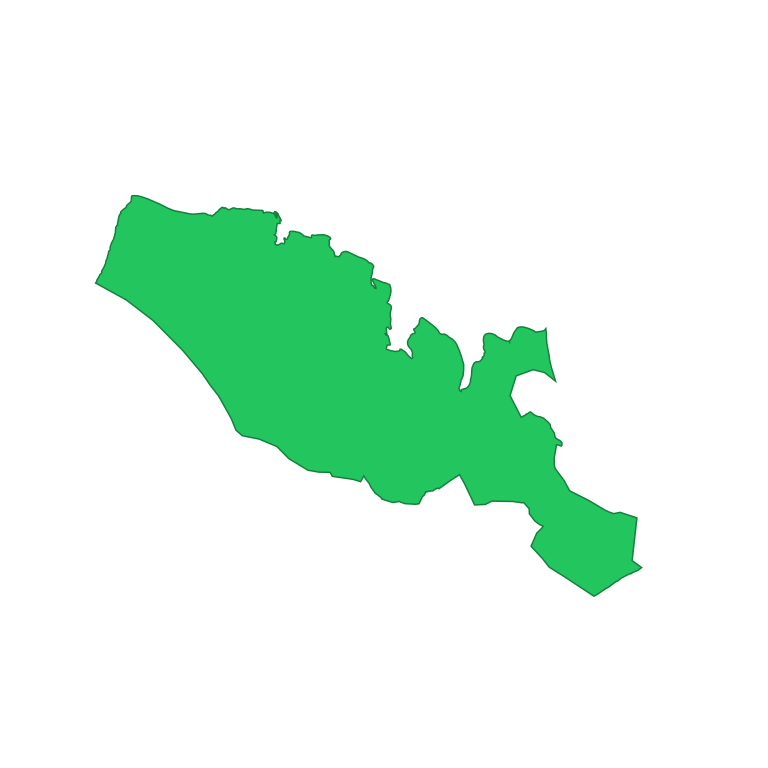 Sorong Selatan, Papua Barat, Indonesia (Equal Earth projection), rotated 141°
{"feature_id": "22746128B99267537228675", "entity_name": "Sorong Selatan", "entity_type": "district", "adm_level": 2, "iso_a3": "IDN", "parent_name": "Indonesia", "parent_adm1": "Papua Barat", "projection": "equal_earth", "projection_center": [132.035, -1.666], "detail": "fine", "context": "isolated", "style": "filled", "palette": "green", "viewbox_px": 768, "rotation_deg": 141, "n_neighbors": 0, "source": "geoboundaries", "source_scale": "gbopen_adm2", "svg_char_len": 6145}
<svg xmlns="http://www.w3.org/2000/svg" viewBox="0 0 768 768"><g transform="rotate(141 384 384)"><path d="M354.4,87.0L350.8,86.3L340.9,85.5L337.3,84.8L328.4,84.5L326.3,83.8L321.8,83.8L312.6,82.0L311.2,81.0L309.8,81.1L303.6,79.3L299.3,79.2L302.3,90.6L271.7,120.8L281.3,135.7L287.1,138.7L289.8,143.2L291.9,147.6L298.0,164.3L306.9,184.1L304.8,195.7L304.2,210.0L304.3,210.1L304.0,211.1L302.7,213.7L298.5,219.2L289.5,227.0L288.4,228.3L287.1,227.1L285.4,224.3L284.1,224.6L282.7,226.3L282.7,228.8L284.6,233.5L284.4,235.0L283.9,236.3L283.1,237.5L282.5,239.1L281.9,245.0L280.4,248.1L280.5,251.0L281.5,257.0L283.2,260.1L285.1,262.2L286.7,265.4L287.8,270.2L289.4,270.6L290.7,270.5L292.0,271.0L294.3,270.9L295.0,271.3L297.1,271.4L298.3,271.8L293.3,295.7L276.1,307.1L259.0,301.2L255.9,297.0L252.0,292.0L251.1,287.8L250.3,284.7L249.8,282.0L248.9,278.3L243.3,292.0L239.6,299.5L238.6,300.7L231.4,313.9L225.1,322.5L223.4,325.2L225.5,324.7L228.0,325.6L233.6,328.9L233.9,330.7L235.0,333.0L236.8,336.3L238.9,339.4L240.2,341.0L242.3,342.7L244.8,343.8L250.8,342.1L256.6,339.0L259.4,338.5L260.1,337.6L260.0,338.8L261.0,339.4L262.6,341.5L263.7,343.4L264.9,346.4L266.1,348.8L266.7,352.0L268.2,354.9L269.9,356.8L271.2,357.7L273.1,358.6L274.1,358.7L275.6,358.5L277.2,357.5L278.7,356.1L280.3,353.9L281.3,351.7L283.2,350.5L283.8,349.7L284.7,347.8L285.0,345.5L285.8,344.8L286.7,345.0L288.2,343.2L289.3,342.7L290.4,343.0L291.1,342.6L291.6,341.7L294.5,341.3L295.7,341.5L297.4,342.3L298.2,343.1L299.1,343.4L300.6,343.5L301.4,343.3L305.2,341.3L307.0,339.6L310.4,335.8L312.7,333.8L314.1,333.0L314.8,331.8L317.3,330.1L319.1,329.3L321.5,328.9L323.4,329.1L326.2,330.5L328.0,330.7L328.7,329.7L329.4,331.2L328.2,333.9L325.4,335.4L321.5,338.6L320.7,338.8L319.1,339.6L317.1,340.9L313.7,344.3L309.9,348.8L309.1,350.5L307.9,353.7L305.9,358.1L305.6,360.1L305.0,360.8L304.6,361.9L302.5,369.6L302.3,372.1L302.5,374.9L302.7,376.2L303.9,379.0L304.3,381.8L305.7,384.9L307.8,386.1L308.7,387.8L308.8,388.8L308.3,391.7L308.5,394.8L309.1,398.5L312.0,410.4L312.3,411.2L313.3,411.9L315.1,411.9L316.2,411.2L318.4,409.2L319.9,408.4L324.3,407.6L326.2,408.0L326.9,407.0L326.9,405.7L327.2,404.6L327.8,404.1L330.1,404.9L331.7,405.2L332.6,405.0L334.4,403.9L336.9,403.3L338.9,402.1L339.7,401.3L340.7,399.7L341.3,397.8L341.2,393.4L341.9,391.2L342.5,390.1L344.4,388.0L345.2,386.2L346.7,386.4L347.3,390.5L347.4,395.8L348.8,400.3L349.8,400.9L350.3,400.2L351.1,400.0L354.8,402.2L357.9,405.8L360.2,409.4L359.6,410.3L358.0,411.6L357.0,412.1L356.2,412.0L355.6,411.0L354.5,410.6L353.9,411.3L350.6,418.5L350.7,419.6L351.4,420.4L351.7,421.4L351.5,422.4L350.2,421.2L347.6,425.4L346.7,426.2L345.2,426.0L345.1,423.0L344.0,422.5L343.2,422.8L341.6,426.0L340.6,427.3L337.6,430.4L335.9,433.6L334.8,435.0L330.2,438.6L329.6,440.0L329.4,441.1L329.6,442.4L330.4,444.3L330.3,445.5L329.5,446.0L328.7,445.7L327.4,446.3L325.1,447.8L320.7,451.2L319.6,452.5L318.1,454.8L317.1,457.4L317.5,458.6L318.2,459.5L319.3,461.8L320.5,463.1L325.5,472.0L326.7,472.7L327.4,472.2L328.0,470.9L328.9,465.7L329.3,464.5L330.0,463.4L330.9,464.3L330.4,466.8L331.2,468.1L330.6,470.4L327.4,474.5L322.7,478.1L320.5,480.5L318.5,481.4L317.9,482.1L317.7,484.3L318.0,485.9L318.7,487.0L319.4,487.7L319.4,490.0L320.5,493.3L322.2,496.3L323.6,498.2L328.9,509.3L330.2,511.2L333.4,512.6L335.2,512.4L336.4,511.6L337.9,511.6L339.1,511.2L340.9,513.7L341.8,513.9L340.1,517.4L339.5,519.2L339.8,524.0L339.7,525.2L339.0,526.8L338.0,527.6L336.4,530.1L335.6,530.3L334.7,530.1L334.0,530.6L333.6,531.9L334.4,534.1L335.8,536.5L337.4,538.3L342.2,541.9L343.9,542.7L346.0,545.0L346.7,545.0L348.2,543.6L349.0,543.9L351.9,548.0L352.5,548.5L353.3,549.9L353.2,551.1L354.3,554.6L355.4,556.3L356.3,557.1L357.5,558.9L360.4,561.4L361.2,561.7L362.4,561.1L362.9,560.0L366.8,558.3L367.7,557.6L368.4,557.7L369.3,558.3L369.2,560.0L370.0,560.2L370.7,559.0L370.9,557.8L371.6,556.9L372.3,556.3L373.4,555.9L374.7,557.6L375.7,558.2L378.3,558.5L380.4,559.6L380.4,561.1L379.5,563.1L378.7,562.6L377.9,562.7L375.1,565.2L374.8,566.6L375.3,569.0L373.6,568.9L372.3,570.2L371.5,570.6L369.5,572.9L366.0,575.8L365.3,575.6L364.7,574.8L363.7,574.2L363.0,575.4L362.2,575.8L361.7,576.6L361.2,575.8L360.6,576.7L360.1,580.1L359.2,583.4L359.3,584.4L359.8,586.0L360.5,586.7L361.6,586.3L360.8,583.1L361.2,582.1L362.0,582.6L362.3,580.6L363.0,580.6L363.0,582.3L362.5,583.5L362.3,584.6L362.5,586.0L364.3,588.8L365.4,589.9L367.3,591.6L370.0,592.7L369.1,594.5L369.4,595.6L377.0,602.2L377.5,603.4L379.5,605.9L380.6,606.7L382.5,607.4L385.7,610.9L387.8,612.4L389.3,614.6L390.4,615.8L394.4,616.8L395.3,617.7L395.8,618.6L396.5,621.0L397.6,621.2L398.2,622.9L399.1,623.2L401.9,623.3L404.5,622.7L406.9,622.9L409.1,622.5L410.4,622.8L411.9,622.6L412.6,624.3L413.3,624.7L414.1,625.7L414.9,627.3L415.2,628.4L416.1,629.6L418.4,631.4L424.3,635.2L427.3,637.8L438.2,651.0L441.3,656.5L445.0,664.8L451.2,676.7L454.7,682.2L457.0,685.3L459.9,687.9L461.5,688.8L462.4,688.5L462.9,687.7L465.5,685.2L466.3,684.9L470.4,684.8L471.9,684.5L473.0,683.7L473.8,683.6L477.7,683.7L480.4,683.4L481.4,682.0L482.3,682.2L484.4,681.2L490.4,676.1L491.1,675.1L492.0,675.3L494.1,674.4L497.6,670.6L502.8,666.8L506.9,665.1L510.3,663.0L511.2,662.1L512.3,660.6L514.4,660.4L516.8,658.3L518.6,657.2L520.3,655.7L521.8,655.2L524.4,653.0L528.0,651.1L532.6,649.3L533.1,648.3L533.8,647.9L536.0,647.8L537.4,647.0L541.3,645.6L543.3,644.3L544.6,644.0L531.3,611.3L523.5,578.5L519.3,537.1L518.7,506.4L519.8,492.6L520.1,479.2L520.8,474.4L524.5,453.1L528.1,441.3L526.7,433.0L515.8,419.9L506.6,402.8L504.9,385.8L497.4,364.9L490.0,356.4L481.4,349.2L482.3,344.8L468.0,329.3L463.6,322.8L457.6,325.2L457.8,324.5L458.1,319.0L458.1,316.0L459.1,311.9L459.5,304.7L457.8,297.9L458.0,295.5L457.2,295.1L456.9,294.0L451.6,286.2L446.2,283.2L443.1,277.9L435.2,270.7L432.2,268.9L425.1,272.2L422.2,272.4L419.5,274.0L419.2,273.4L416.4,272.4L413.1,270.1L411.2,270.2L407.7,269.3L407.2,268.0L393.3,267.2L382.4,266.0L384.0,256.6L389.7,233.0L381.0,226.6L373.9,225.1L357.9,211.7L351.4,204.7L350.0,204.0L349.7,195.7L352.7,191.7L353.0,182.4L351.5,176.7L349.8,173.4L351.8,172.7L359.1,172.0L371.8,165.4L370.7,148.3L370.9,137.8L365.1,120.7L354.4,87.0Z" fill="#22c55e" stroke="#15803d" stroke-width="1.5"/></g></svg>